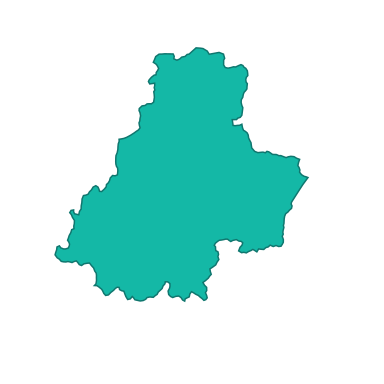 Afonso Cláudio, Espírito Santo, Brazil, rotated 33°
{"feature_id": "56859067B17635890809013", "entity_name": "Afonso Cláudio", "entity_type": "district", "adm_level": 2, "iso_a3": "BRA", "parent_name": "Brazil", "parent_adm1": "Espírito Santo", "projection": "albers", "projection_center": [-41.127, -20.089], "detail": "fine", "context": "isolated", "style": "filled", "palette": "teal", "viewbox_px": 384, "rotation_deg": 33, "n_neighbors": 0, "source": "geoboundaries", "source_scale": "gbopen_adm2", "svg_char_len": 4728}
<svg xmlns="http://www.w3.org/2000/svg" viewBox="0 0 384 384"><g transform="rotate(33 192 192)"><path d="M89.3,94.3L87.8,98.2L88.5,101.6L88.9,104.3L91.9,104.3L93.7,104.8L96.7,106.5L97.0,109.0L96.9,111.2L98.0,113.3L96.6,114.6L95.5,117.8L95.0,121.1L95.3,123.1L97.7,124.4L99.6,122.7L101.4,121.1L102.8,123.1L103.5,125.1L105.3,126.7L105.3,128.7L106.9,130.5L108.9,133.1L109.7,134.9L110.9,137.6L109.9,140.1L107.9,141.4L106.3,142.6L105.6,144.9L103.2,147.0L102.3,150.7L103.3,152.6L105.1,153.7L107.4,156.1L108.4,158.7L109.5,160.8L109.9,162.9L111.6,164.8L113.5,166.5L113.3,169.1L112.4,171.1L111.3,174.0L109.5,178.0L107.4,181.8L105.7,184.1L104.0,185.8L102.1,187.5L103.3,189.1L103.9,191.7L105.3,194.4L106.6,196.6L107.9,199.9L108.4,202.8L109.6,205.0L111.5,208.1L113.0,210.1L114.8,211.7L116.5,212.4L118.2,214.5L120.1,218.2L118.7,220.3L116.4,221.4L115.8,224.7L116.7,227.5L116.8,230.0L116.2,232.3L117.2,234.4L116.9,237.2L116.0,240.8L114.1,241.8L112.5,240.4L110.5,239.1L107.9,239.1L106.4,241.7L106.5,245.0L105.9,247.7L106.1,250.3L104.9,252.2L102.9,254.1L103.6,257.7L105.4,260.9L106.6,263.9L108.3,266.7L108.2,269.5L109.4,272.8L107.5,273.5L105.4,274.2L103.6,273.2L102.5,271.5L100.6,273.3L100.7,275.9L103.2,276.7L105.6,278.4L108.9,279.9L110.5,282.6L111.4,284.9L113.0,287.1L111.6,289.1L112.5,292.1L112.7,295.3L113.5,298.2L113.9,300.2L116.0,301.1L117.7,302.4L118.5,304.3L118.7,306.5L116.9,308.7L115.3,309.7L112.4,310.3L110.1,309.4L108.7,311.6L110.0,314.3L110.7,317.2L111.4,319.3L114.8,320.6L117.4,320.6L120.1,321.4L122.2,320.6L124.3,319.4L125.8,317.9L127.8,317.1L129.8,316.5L131.0,314.5L132.5,312.8L134.5,313.3L137.0,314.3L139.4,313.8L140.5,311.1L142.9,308.8L144.8,307.4L147.8,308.5L150.9,309.3L153.4,311.2L155.8,312.2L157.2,313.8L158.5,315.9L160.1,318.2L161.5,321.3L161.1,323.6L163.4,322.3L166.0,322.4L169.3,322.8L171.3,323.8L173.3,325.1L175.9,325.8L178.0,323.8L178.6,320.5L179.8,317.1L180.2,314.7L181.1,312.6L182.9,311.7L184.4,313.3L186.8,313.1L188.9,312.3L191.4,314.2L193.5,315.7L196.6,317.2L198.5,315.2L198.8,312.2L200.7,312.6L202.8,313.5L204.7,312.8L207.9,311.6L210.2,309.6L211.6,307.2L211.8,305.0L213.8,303.0L216.9,301.4L217.6,298.9L218.5,296.9L218.2,294.3L218.9,291.7L219.5,289.2L218.9,286.7L219.3,283.7L218.5,281.9L220.5,280.6L223.3,280.8L224.8,282.9L225.6,284.9L225.9,288.1L228.3,290.7L230.9,291.3L233.3,291.0L235.2,288.4L237.5,286.5L240.2,286.5L242.9,287.7L245.3,287.5L244.5,285.3L245.7,283.2L246.8,281.5L245.7,278.6L245.9,275.9L248.1,275.7L251.0,275.7L253.7,275.3L255.9,275.7L258.5,275.9L261.0,276.4L262.2,274.8L262.4,272.5L260.5,270.7L258.1,269.1L258.0,266.6L256.2,264.0L253.3,263.4L250.4,261.9L251.5,259.2L252.6,255.3L252.6,253.0L253.0,250.6L250.9,248.9L248.9,246.8L250.3,243.6L251.6,240.2L251.2,237.3L251.3,234.0L248.9,232.1L248.2,229.8L246.3,228.0L243.9,228.2L242.6,226.7L241.6,225.2L239.7,224.6L239.5,222.2L240.4,219.4L241.2,217.6L242.8,216.3L244.7,214.5L246.0,213.1L247.6,212.2L249.5,212.4L251.5,212.4L252.6,210.4L255.1,207.8L258.0,207.6L260.3,206.6L262.2,207.0L262.9,209.4L262.4,212.2L263.2,216.0L266.6,215.9L268.4,214.3L270.7,213.5L271.8,211.2L273.4,208.9L274.3,207.0L276.4,206.9L279.0,206.9L278.9,203.5L281.7,202.1L283.5,201.1L284.2,198.4L285.8,196.6L286.5,194.0L289.8,193.5L291.6,191.1L294.4,190.5L296.2,189.0L296.2,186.7L296.0,184.5L294.5,182.1L291.8,180.0L291.5,177.7L290.2,176.4L289.3,174.5L288.4,171.7L286.9,170.3L286.2,168.2L285.2,166.5L284.0,164.4L282.9,161.9L282.4,159.1L283.4,156.4L283.6,154.2L284.4,151.6L283.5,149.2L281.7,148.1L281.0,146.2L280.9,132.9L280.9,125.5L281.4,116.7L279.5,117.1L277.3,117.8L274.4,117.8L271.4,116.8L270.5,114.8L268.5,113.2L266.4,112.2L265.2,109.0L264.5,106.0L261.4,106.7L258.3,106.8L255.5,108.2L253.6,110.0L252.2,111.9L249.6,112.5L246.7,113.1L245.1,114.2L242.4,114.6L239.1,116.6L236.4,116.5L234.5,116.5L232.7,117.1L232.2,119.1L229.8,119.9L227.9,121.4L225.8,123.1L222.4,123.8L218.1,122.5L216.3,120.5L214.6,118.5L212.2,117.2L210.0,115.8L208.1,113.6L206.1,112.4L203.8,112.1L201.6,112.2L199.7,110.9L198.3,109.5L196.9,108.0L195.6,110.1L193.7,111.5L192.1,112.9L190.2,113.8L188.2,111.5L186.3,109.4L188.0,108.3L189.9,107.0L190.2,105.1L191.8,103.1L192.0,100.5L190.4,97.1L188.7,93.6L186.6,92.2L184.4,90.1L183.1,87.7L183.0,84.9L181.9,82.3L181.4,80.1L181.8,77.7L181.9,75.7L180.6,73.4L179.4,71.0L177.6,70.4L175.9,68.5L175.1,66.2L175.4,64.0L174.1,62.2L172.4,60.2L169.8,59.0L167.6,59.0L165.8,58.2L163.7,58.5L162.3,60.5L160.5,63.4L158.6,64.4L156.9,66.4L154.8,68.5L152.1,69.5L149.4,68.3L147.9,66.0L146.7,64.1L146.6,62.1L145.2,60.9L143.3,59.2L138.7,60.2L131.4,67.1L128.0,65.5L125.8,65.6L123.1,65.7L120.9,66.7L116.9,68.9L114.5,77.9L113.0,79.3L112.4,82.0L109.9,84.5L109.2,87.3L107.5,89.7L104.2,90.2L103.2,87.9L101.0,86.5L93.8,91.0L91.4,92.9L89.3,94.3Z" fill="#14b8a6" stroke="#0f766e" stroke-width="1.5"/></g></svg>